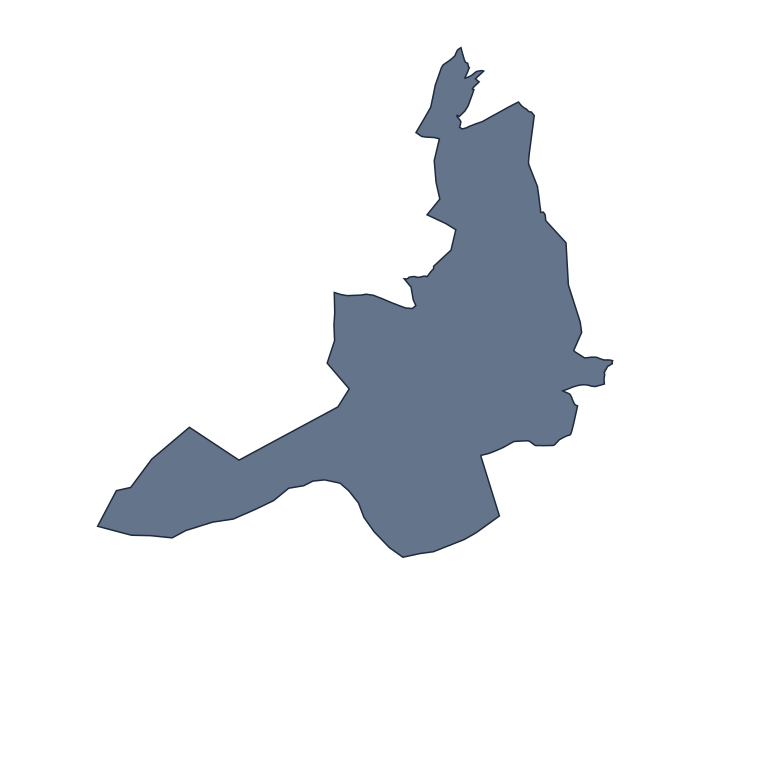 Owerri North, Imo, Nigeria, rotated 43°
{"feature_id": "59680162B39513276000218", "entity_name": "Owerri North", "entity_type": "district", "adm_level": 2, "iso_a3": "NGA", "parent_name": "Nigeria", "parent_adm1": "Imo", "projection": "equal_earth", "projection_center": [7.091, 5.435], "detail": "fine", "context": "isolated", "style": "filled", "palette": "slate", "viewbox_px": 768, "rotation_deg": 43, "n_neighbors": 0, "source": "geoboundaries", "source_scale": "gbopen_adm2", "svg_char_len": 3136}
<svg xmlns="http://www.w3.org/2000/svg" viewBox="0 0 768 768"><g transform="rotate(43 384 384)"><path d="M217.8,130.7L222.7,138.6L229.4,149.7L232.3,162.0L235.9,178.3L242.6,177.3L245.9,175.1L252.8,169.4L257.3,166.9L268.4,186.4L284.4,200.9L298.7,210.7L300.1,230.9L319.5,224.6L331.3,222.2L341.7,240.4L340.0,264.1L341.7,265.9L341.7,266.4L341.6,268.7L341.8,271.6L342.3,276.2L340.8,276.8L339.1,278.6L337.9,280.6L336.7,282.2L335.9,283.1L333.2,284.4L330.9,286.9L329.5,288.9L329.6,290.0L329.0,291.6L327.0,293.3L337.7,294.7L348.0,302.5L353.9,305.0L353.2,309.5L347.9,313.7L343.7,315.5L338.2,317.7L334.8,319.1L325.7,322.4L315.8,326.3L309.7,330.5L306.8,334.4L296.8,344.5L291.2,348.1L285.2,351.0L299.4,365.5L307.1,374.9L318.3,386.0L328.2,407.5L361.9,411.3L365.9,432.2L329.9,538.6L271.2,548.4L265.4,597.4L269.3,632.4L261.0,644.5L271.6,683.4L302.5,666.8L316.6,654.2L334.0,641.0L339.0,626.3L352.8,602.0L365.9,585.5L375.3,563.7L382.8,544.5L385.4,525.2L394.7,513.1L398.2,503.5L406.0,494.6L419.5,486.5L431.0,486.1L446.4,488.4L460.2,495.2L477.5,498.8L499.6,500.0L516.0,497.8L525.7,483.8L534.5,473.0L548.8,442.9L552.8,430.1L558.4,401.8L504.2,370.8L503.6,369.8L504.5,368.7L507.5,364.2L509.4,360.6L511.7,355.6L514.6,348.7L516.8,341.7L518.4,337.2L526.2,329.1L528.4,327.1L529.8,326.6L536.3,325.9L538.2,324.5L539.7,322.9L542.1,320.9L544.8,318.3L549.2,314.0L550.0,313.0L550.3,311.1L550.2,309.7L550.3,307.4L550.2,306.0L550.3,305.0L551.7,300.7L553.1,297.2L554.6,294.7L554.8,294.1L554.9,293.8L554.5,292.7L553.2,289.9L549.6,283.4L540.5,268.0L539.2,268.5L537.6,268.9L536.1,268.4L534.6,267.8L532.2,266.8L530.4,265.8L527.6,264.8L526.1,264.8L524.4,265.4L522.3,266.2L520.5,266.8L519.4,267.1L521.6,262.9L524.3,257.1L527.4,252.0L529.9,249.0L532.1,247.0L534.0,245.7L535.4,245.0L537.0,244.2L538.7,243.0L540.1,241.9L541.0,240.7L541.7,239.4L542.6,238.0L545.2,233.7L541.4,230.2L539.1,226.7L537.0,225.1L537.1,224.2L536.3,222.9L536.5,221.8L535.9,220.2L535.6,218.5L536.1,217.1L536.5,215.7L536.6,214.6L537.2,213.5L535.8,212.2L535.5,211.7L535.4,211.1L534.1,211.6L533.1,212.3L532.4,212.8L531.8,213.3L528.5,216.4L524.8,218.1L521.0,219.6L517.5,222.8L515.4,225.3L513.0,228.1L501.9,230.2L499.9,230.1L493.4,211.5L485.3,204.9L451.3,185.8L420.8,156.6L390.9,154.2L386.9,150.7L385.6,150.0L383.2,149.7L381.5,151.7L379.3,149.5L376.6,147.4L368.8,140.8L361.5,134.9L340.1,124.7L337.9,122.7L332.8,116.0L310.8,85.2L306.2,84.6L304.7,85.8L303.3,86.0L300.6,85.8L298.2,86.5L295.1,86.7L292.0,86.4L290.2,86.0L289.4,87.6L286.1,96.9L283.3,105.5L279.3,117.6L277.3,124.1L276.4,126.2L273.6,131.3L270.4,138.1L269.7,140.2L267.3,144.1L264.2,144.7L263.1,142.5L261.3,139.7L259.2,139.1L256.4,138.8L255.0,138.7L254.3,137.6L256.6,137.1L257.0,129.1L255.8,123.1L250.8,111.3L249.0,107.4L247.6,108.1L247.1,106.1L247.5,98.1L245.8,98.3L242.7,98.4L243.5,87.2L241.7,88.1L238.8,91.9L238.3,93.3L237.7,97.7L237.0,100.4L234.8,105.0L234.1,104.2L232.7,99.7L230.9,95.2L230.7,94.4L229.6,94.5L226.4,92.3L225.4,92.8L224.2,93.1L221.8,92.2L214.8,88.0L210.9,85.5L210.3,87.7L210.0,89.6L210.5,91.4L211.3,93.9L212.0,95.3L211.7,100.2L210.9,104.5L209.6,110.2L210.3,113.6L217.8,130.7Z" fill="#64748b" stroke="#1e293b" stroke-width="1.5"/></g></svg>